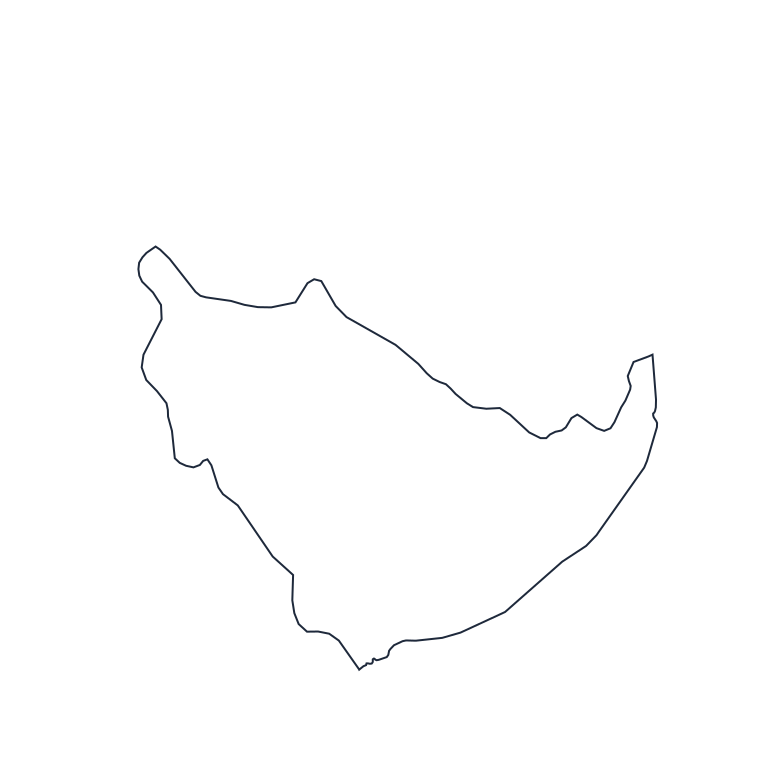 SVG path tracing the border of Yobe, rotated 139°
{"feature_id": "NGA-2873", "entity_name": "Yobe", "entity_type": "State", "adm_level": 1, "iso_a3": "NGA", "parent_name": "Nigeria", "parent_adm1": "", "projection": "natural_earth1", "projection_center": [11.324, 11.986], "detail": "fine", "context": "isolated", "style": "outline", "palette": "slate", "viewbox_px": 768, "rotation_deg": 139, "n_neighbors": 0, "source": "natural_earth", "source_scale": "10m", "svg_char_len": 1786}
<svg xmlns="http://www.w3.org/2000/svg" viewBox="0 0 768 768"><g transform="rotate(139 384 384)"><path d="M337.7,129.2L366.1,133.0L442.2,132.5L489.4,146.2L506.6,154.2L528.4,169.4L535.6,176.0L538.7,177.7L547.8,180.3L553.0,179.8L555.2,179.3L558.5,176.7L561.1,176.1L569.0,179.3L570.8,180.4L571.4,181.7L571.4,182.7L571.7,183.4L573.0,183.6L573.5,183.2L574.2,182.2L575.2,181.4L576.7,181.1L578.2,182.1L579.4,183.7L580.5,184.6L582.0,183.6L584.6,184.5L590.1,184.7L590.0,185.0L586.4,220.0L589.2,231.5L596.1,240.4L604.6,247.6L605.9,258.8L602.0,269.9L595.1,280.9L577.9,299.5L581.2,326.8L574.0,388.3L577.8,406.5L576.9,414.5L567.6,435.9L566.7,443.0L570.9,444.6L576.1,443.7L582.5,446.1L587.0,452.1L589.9,458.5L590.6,465.2L574.8,487.7L568.4,501.0L564.1,506.3L560.8,512.2L560.0,527.6L560.8,543.0L556.0,555.5L546.3,563.9L509.3,578.8L500.4,590.0L498.3,604.7L499.4,619.9L497.6,626.3L494.0,631.8L489.2,636.2L483.1,638.1L477.2,638.8L466.2,637.6L464.8,632.2L463.7,619.1L465.8,577.2L464.7,571.0L461.4,566.1L445.0,547.1L437.4,535.3L428.7,524.7L418.8,515.8L397.3,503.7L375.6,510.3L368.0,508.9L363.8,502.8L369.3,474.6L368.4,459.1L349.6,405.9L344.9,376.7L344.7,364.0L343.7,356.1L340.7,349.0L337.4,343.2L336.7,336.8L336.5,329.5L334.1,315.1L332.0,308.2L323.0,298.2L312.4,289.9L309.0,278.0L306.2,252.2L301.4,240.5L297.1,236.7L291.8,237.0L286.0,235.5L280.4,232.4L275.2,232.0L264.9,235.3L258.2,234.1L256.7,229.6L252.6,211.3L248.6,204.2L242.1,202.0L235.1,204.0L220.3,210.8L212.7,213.1L201.9,218.3L199.1,220.7L197.2,225.6L194.8,230.1L181.2,236.9L166.4,231.3L162.1,230.0L189.0,193.7L194.2,188.0L197.2,185.8L198.9,185.1L199.7,185.2L200.3,185.1L201.5,183.6L202.3,181.8L202.9,177.3L203.5,175.4L206.3,172.4L236.0,153.4L242.5,150.2L318.5,131.6L322.7,130.5L337.7,129.2Z" fill="none" stroke="#1e293b" stroke-width="2"/></g></svg>